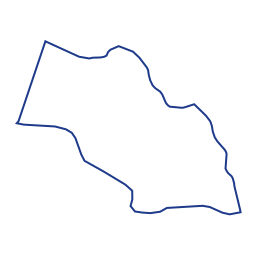 map outline of Saint Mary (Albers equal-area conic projection), rotated 179°
{"feature_id": "JAM-1381", "entity_name": "Saint Mary", "entity_type": "Parish", "adm_level": 1, "iso_a3": "JAM", "parent_name": "Jamaica", "parent_adm1": "", "projection": "albers", "projection_center": [-76.93, 18.277], "detail": "fine", "context": "isolated", "style": "outline", "palette": "blue", "viewbox_px": 256, "rotation_deg": 179, "n_neighbors": 0, "source": "natural_earth", "source_scale": "10m", "svg_char_len": 969}
<svg xmlns="http://www.w3.org/2000/svg" viewBox="0 0 256 256"><g transform="rotate(179 128 128)"><path d="M16.9,41.8L27.9,39.9L35.1,41.7L47.7,47.6L54.8,48.9L90.5,47.4L97.4,43.7L107.2,42.5L115.2,43.2L122.5,44.4L126.8,49.9L124.9,56.7L124.9,65.2L131.6,71.4L153.1,84.9L172.0,95.9L175.1,102.1L180.7,118.7L184.3,124.2L190.1,127.8L201.0,130.8L232.2,133.2L239.1,134.7L237.3,136.8L209.1,216.1L175.6,200.1L165.5,198.2L162.0,198.9L154.3,199.0L150.7,199.6L148.3,200.7L147.5,202.2L146.9,203.8L145.4,205.5L144.1,206.6L135.9,210.0L121.6,204.2L115.3,198.0L108.2,188.3L106.9,185.6L106.2,180.2L104.9,175.1L102.6,170.1L100.0,167.3L95.2,163.8L93.2,161.0L89.6,152.3L87.7,150.0L85.8,148.6L74.2,147.3L72.3,147.4L70.6,147.8L61.4,150.6L49.8,138.9L45.8,133.5L45.1,131.8L44.1,128.4L43.3,123.0L41.4,117.1L38.9,113.1L31.4,104.2L30.2,101.8L29.9,99.9L31.2,85.7L30.1,83.3L28.5,81.0L25.3,78.0L24.1,75.7L22.9,71.1L22.6,67.9L17.4,44.6L16.9,41.8Z" fill="none" stroke="#1e3a8a" stroke-width="2"/></g></svg>